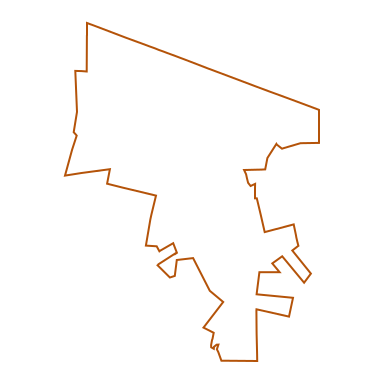 outline of Sáric, Sonora, Mexico
{"feature_id": "50627088B71903228926", "entity_name": "Sáric", "entity_type": "district", "adm_level": 2, "iso_a3": "MEX", "parent_name": "Mexico", "parent_adm1": "Sonora", "projection": "albers", "projection_center": [-111.433, 31.244], "detail": "fine", "context": "isolated", "style": "outline", "palette": "amber", "viewbox_px": 384, "rotation_deg": 0, "n_neighbors": 0, "source": "geoboundaries", "source_scale": "gbopen_adm2", "svg_char_len": 1616}
<svg xmlns="http://www.w3.org/2000/svg" viewBox="0 0 384 384"><path d="M319.0,109.9L318.6,109.7L286.4,97.7L270.5,91.9L256.0,86.5L209.5,69.0L209.1,68.9L183.9,59.2L180.4,57.9L177.0,56.6L175.4,56.0L167.2,53.0L164.1,51.8L161.9,51.0L159.0,50.0L155.1,48.4L152.9,47.6L149.5,46.4L146.1,45.1L145.7,45.0L144.3,44.4L143.6,44.2L139.9,42.8L138.7,42.4L126.4,37.9L91.4,24.6L91.0,24.5L87.0,23.0L87.0,35.3L86.9,35.5L86.7,71.5L81.7,71.1L75.3,70.9L77.0,111.9L73.7,132.2L75.8,134.5L76.7,135.6L72.1,149.7L65.0,175.6L77.7,173.6L81.5,173.0L109.9,169.2L107.1,183.7L122.6,187.6L156.0,195.6L151.4,214.6L150.4,219.2L150.3,219.7L145.9,245.6L156.7,246.3L159.4,251.3L159.8,251.0L160.0,250.8L173.2,243.2L176.9,252.8L175.3,253.9L175.2,253.5L158.4,264.3L158.1,264.9L157.6,265.3L169.9,277.5L174.8,275.9L176.8,260.0L193.1,258.1L209.8,290.8L221.3,300.4L223.2,302.0L221.8,303.8L203.5,327.6L213.7,332.8L212.5,338.9L212.0,340.1L211.1,345.1L211.2,347.3L213.8,348.8L214.0,346.8L216.6,344.7L218.4,344.6L216.9,349.3L218.3,352.1L221.4,360.7L245.4,360.9L257.2,361.0L257.1,354.2L256.6,333.3L256.4,310.3L256.5,309.3L289.0,316.6L293.0,297.8L256.6,294.3L259.4,272.2L279.6,272.2L272.3,263.4L282.2,256.3L304.1,282.7L310.9,273.6L292.3,250.5L298.1,246.0L298.4,245.8L297.9,244.0L297.7,243.0L297.6,242.9L296.3,237.3L296.0,235.4L293.7,224.4L264.7,232.1L260.6,214.2L257.5,201.2L256.8,198.3L255.0,198.3L255.0,188.1L255.1,183.9L250.6,186.0L248.1,182.8L246.9,178.0L246.1,174.3L244.1,170.0L256.4,169.7L261.2,169.6L265.2,169.4L267.4,158.0L276.4,143.9L276.8,144.6L282.0,148.7L283.8,148.1L300.5,143.2L319.0,142.9L319.0,109.9Z" fill="none" stroke="#b45309" stroke-width="2"/></svg>